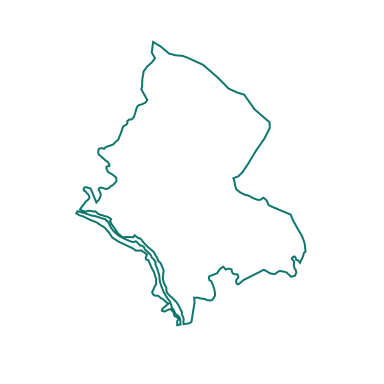 Markz Samalut, Al Minya, Egypt, rotated 134°
{"feature_id": "37247803B46419468197970", "entity_name": "Markz Samalut", "entity_type": "district", "adm_level": 2, "iso_a3": "EGY", "parent_name": "Egypt", "parent_adm1": "Al Minya", "projection": "orthographic", "projection_center": [30.711, 28.284], "detail": "fine", "context": "isolated", "style": "outline", "palette": "teal", "viewbox_px": 384, "rotation_deg": 134, "n_neighbors": 0, "source": "geoboundaries", "source_scale": "gbopen_adm2", "svg_char_len": 5717}
<svg xmlns="http://www.w3.org/2000/svg" viewBox="0 0 384 384"><g transform="rotate(134 192 192)"><path d="M282.3,260.5L281.8,258.4L280.6,255.9L280.0,254.7L277.6,253.7L275.4,250.9L274.5,249.2L273.2,248.3L272.9,246.4L273.0,244.6L272.2,242.2L271.0,240.5L270.1,238.1L268.5,235.7L267.8,232.4L267.7,231.3L269.7,230.8L270.8,228.1L273.2,216.5L272.8,210.4L269.4,207.4L265.2,202.7L263.0,203.2L262.8,201.5L262.5,199.2L262.4,198.2L261.7,197.6L261.3,195.9L261.9,192.7L262.0,190.8L262.2,187.4L262.3,186.4L262.0,183.0L261.9,180.5L261.7,178.5L261.9,177.2L262.8,174.6L263.6,171.1L263.7,170.9L264.8,168.9L265.0,167.1L265.0,164.9L265.4,164.0L266.6,161.4L267.6,159.1L268.5,157.5L270.0,156.5L272.3,154.7L274.0,153.4L275.3,151.7L276.8,149.4L277.7,146.9L278.3,144.9L279.1,143.4L280.0,142.7L281.4,140.9L281.9,139.2L281.9,138.7L282.1,135.9L281.9,133.6L281.9,130.3L282.0,127.6L282.0,126.4L282.5,124.5L283.1,122.2L284.2,119.4L285.4,115.9L287.1,114.1L288.1,111.6L289.4,109.5L291.7,107.7L293.0,106.2L291.0,104.8L289.6,103.8L289.2,103.4L287.6,102.5L285.8,102.2L284.2,103.3L271.3,112.3L270.0,113.2L269.5,113.6L269.0,114.1L267.9,115.4L266.6,117.0L264.0,114.5L263.2,112.9L261.9,110.8L260.1,108.7L259.2,105.8L257.5,103.7L255.8,102.5L254.2,102.6L252.5,103.0L250.4,103.5L248.8,105.2L248.4,105.8L246.8,107.8L245.2,110.8L244.0,113.3L242.8,116.3L243.3,118.4L242.2,119.8L241.3,120.9L240.8,121.0L237.9,119.8L235.4,118.6L232.8,117.4L231.6,117.8L228.7,118.3L227.1,118.4L224.1,117.6L224.1,116.9L224.1,116.3L224.4,113.8L223.2,113.4L221.9,112.6L220.6,110.9L220.2,109.7L221.0,108.8L221.8,107.5L222.2,105.9L221.3,103.8L219.6,102.1L220.4,100.4L221.6,99.1L224.1,99.1L225.7,98.2L226.5,96.9L226.8,95.5L226.9,95.2L225.6,94.4L223.6,94.1L221.9,94.1L219.4,93.7L217.3,93.0L202.8,87.9L200.0,87.0L198.0,86.3L197.0,82.5L196.6,80.4L195.7,78.3L193.5,75.4L191.9,75.1L189.4,74.7L188.3,74.2L187.7,73.9L185.5,70.6L184.2,68.1L184.2,66.4L184.2,66.2L184.2,65.8L184.1,61.8L180.7,59.8L178.2,60.7L177.4,61.1L175.8,63.7L175.8,64.9L174.6,67.1L173.4,68.4L171.3,70.1L170.9,71.4L170.6,73.9L169.4,74.3L167.2,73.6L167.2,71.9L168.4,70.2L167.5,68.1L167.9,65.1L161.3,67.4L158.0,69.2L156.2,68.8L153.9,71.4L151.4,74.4L149.8,76.9L147.6,81.7L147.4,82.0L146.7,84.1L145.5,88.8L144.0,93.9L143.2,96.4L142.0,100.2L139.7,105.3L147.6,125.7L148.1,127.8L147.9,128.4L147.7,129.1L146.5,131.6L146.2,134.1L146.6,136.7L147.9,137.0L149.1,137.0L151.2,138.2L152.5,140.3L153.4,142.4L154.3,144.9L155.2,148.6L157.4,152.4L158.8,157.0L159.3,162.0L157.7,165.0L154.9,168.8L153.3,171.8L148.6,169.6L143.1,169.4L132.9,171.2L117.6,174.7L103.9,176.9L92.1,180.4L88.0,184.6L89.1,204.6L85.7,222.1L88.9,228.2L92.2,237.5L92.0,242.8L91.8,252.4L92.8,272.3L98.7,289.0L100.6,293.3L105.1,298.8L106.9,302.1L108.3,304.4L109.1,315.5L111.1,324.2L119.7,317.8L121.4,311.6L126.3,310.9L133.2,311.4L138.7,310.6L145.4,306.1L150.9,301.1L153.4,299.8L156.8,288.1L157.2,288.1L157.6,288.1L159.3,287.6L160.1,287.6L162.2,288.4L163.5,288.8L166.0,290.4L168.1,290.8L170.6,289.9L174.7,287.7L178.4,285.9L181.7,285.8L183.4,287.4L185.9,287.8L187.6,286.1L189.7,286.0L191.3,286.8L193.4,286.8L198.8,284.1L199.4,283.9L205.8,281.4L209.1,281.8L212.5,281.7L213.1,282.0L215.8,283.3L217.1,284.1L218.0,284.5L218.8,284.9L220.9,285.3L222.1,285.3L223.0,287.3L224.3,288.1L225.6,289.0L227.6,287.9L228.0,287.6L228.8,286.8L229.8,285.1L229.6,283.0L229.5,280.5L229.4,276.7L228.9,273.3L229.7,270.4L230.9,269.5L231.8,270.3L233.1,271.1L234.3,270.3L235.5,267.7L235.9,266.0L235.4,264.4L234.5,260.2L234.4,257.2L234.4,256.4L236.8,253.8L237.2,253.8L242.2,253.7L243.9,254.5L246.4,254.4L249.4,255.6L249.6,256.0L250.7,258.1L252.0,260.6L253.7,261.4L254.9,260.9L255.3,260.1L255.6,259.3L256.1,258.0L256.5,257.1L257.3,255.8L257.7,255.4L260.2,254.1L260.6,254.1L262.2,253.6L264.3,253.6L266.0,253.5L260.0,267.1L260.9,269.2L262.2,271.7L263.9,272.5L265.6,271.6L266.0,270.8L265.5,268.7L265.9,267.4L265.8,265.7L266.2,263.6L267.0,262.3L267.8,261.5L269.5,261.4L273.3,261.8L275.3,261.3L276.2,261.3L277.7,261.2L281.4,260.6L282.3,260.5L282.3,260.5ZM287.7,260.4L286.9,256.8L285.1,253.2L282.9,246.2L281.5,242.8L280.1,239.4L279.3,234.7L278.3,230.6L278.8,223.3L280.2,217.6L278.5,209.6L276.8,204.7L273.6,195.2L273.2,191.7L270.5,188.9L269.2,188.0L268.9,185.4L268.6,183.9L268.4,182.6L268.3,181.0L271.5,179.6L272.5,178.1L271.3,176.1L274.9,167.5L276.0,163.8L279.6,157.3L282.0,155.0L283.4,153.7L286.3,153.1L289.2,151.9L291.6,151.2L292.7,149.2L292.6,147.3L291.3,145.6L290.2,144.2L290.1,142.9L289.9,140.7L289.3,138.6L289.1,135.2L289.1,133.2L288.5,131.3L291.6,131.7L296.8,132.1L297.0,132.1L298.2,131.3L298.3,131.1L297.1,128.8L297.0,128.6L296.9,128.6L293.4,127.4L291.1,126.1L291.4,121.6L293.4,118.4L292.9,117.1L292.3,114.2L292.4,113.2L293.4,113.2L295.1,113.0L298.1,110.1L295.4,108.2L293.0,110.7L291.2,112.8L290.8,114.6L290.8,115.2L290.9,116.7L291.1,118.5L290.8,120.5L289.7,122.7L289.4,124.4L289.1,126.2L288.4,127.5L287.6,128.5L287.2,129.6L286.4,131.3L285.9,132.7L285.7,135.1L284.5,139.9L283.3,143.8L282.5,145.4L280.8,149.1L278.7,152.9L277.0,155.0L276.6,155.5L275.0,157.4L274.1,158.4L273.8,159.4L273.2,160.3L272.1,162.4L271.1,164.4L269.8,167.2L269.3,168.4L267.6,169.5L267.4,170.6L267.0,172.9L267.1,174.7L266.9,175.8L266.2,177.2L265.9,178.9L266.0,184.8L266.0,186.4L265.4,187.3L265.1,188.1L265.0,188.9L265.4,190.8L266.6,192.4L266.4,195.3L266.3,196.5L266.6,198.3L267.6,198.6L268.7,199.4L269.7,200.7L270.5,202.8L271.8,205.9L273.3,210.5L273.9,212.7L274.5,215.4L274.6,220.3L274.5,222.2L274.0,225.6L273.2,227.3L272.4,230.2L271.8,231.2L271.6,232.6L271.9,233.1L272.2,233.4L272.2,233.7L271.6,234.7L273.0,237.6L274.8,241.3L276.7,245.1L276.9,245.3L277.2,245.7L278.6,247.7L279.4,249.3L280.3,251.3L280.9,252.6L281.3,253.6L282.2,255.2L282.9,256.4L283.7,257.9L285.3,261.0L287.7,260.4Z" fill="none" stroke="#0f766e" stroke-width="2"/></g></svg>